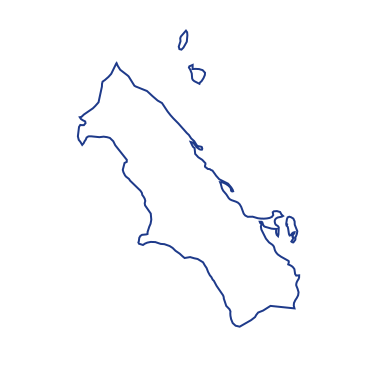 the Governorate of Al Hudaydah, rotated 155°
{"feature_id": "YEM-151", "entity_name": "Al Hudaydah", "entity_type": "Governorate", "adm_level": 1, "iso_a3": "YEM", "parent_name": "Yemen", "parent_adm1": "", "projection": "orthographic", "projection_center": [43.034, 14.789], "detail": "fine", "context": "isolated", "style": "outline", "palette": "blue", "viewbox_px": 384, "rotation_deg": 155, "n_neighbors": 0, "source": "natural_earth", "source_scale": "10m", "svg_char_len": 4251}
<svg xmlns="http://www.w3.org/2000/svg" viewBox="0 0 384 384"><g transform="rotate(155 192 192)"><path d="M205.9,340.7L206.0,337.8L205.4,333.1L201.2,325.0L200.6,323.6L199.3,312.7L198.5,311.5L190.1,302.5L187.2,295.4L184.5,289.4L181.6,285.3L180.1,275.3L179.0,270.6L177.8,266.6L175.4,259.9L171.8,247.7L170.7,245.0L170.1,240.9L168.5,237.1L168.0,232.9L167.7,231.7L167.0,230.9L164.6,229.2L164.1,228.5L164.4,226.9L165.0,226.2L165.9,226.5L167.2,227.6L168.6,230.2L170.1,236.2L172.1,237.9L172.1,234.1L171.9,232.3L171.1,230.7L173.0,225.2L171.6,220.8L169.1,216.8L167.7,212.5L168.0,211.6L169.2,210.2L169.5,209.5L169.3,208.6L169.0,208.3L168.7,208.0L168.1,206.4L167.2,205.8L166.4,205.3L166.0,204.9L165.7,204.2L165.1,203.5L164.4,202.7L163.5,198.1L163.3,196.7L161.9,192.0L155.8,184.3L154.5,179.5L154.2,176.7L154.4,175.3L155.4,175.5L156.0,176.5L155.8,177.4L155.4,178.5L155.4,179.9L156.3,182.4L157.9,185.1L159.9,187.5L162.4,189.0L162.5,187.1L163.3,182.7L163.2,180.0L161.9,175.3L161.3,170.9L160.7,169.3L159.6,167.9L156.3,164.7L154.9,163.0L154.0,160.8L153.7,157.7L154.3,150.5L153.7,148.2L152.0,146.0L147.5,144.0L143.4,140.4L140.8,138.8L138.0,137.4L135.3,136.4L132.5,135.7L130.0,135.7L128.1,136.8L127.4,139.5L126.0,139.9L123.1,138.8L120.6,136.6L120.4,133.7L119.6,131.8L121.0,131.7L125.3,132.7L127.4,132.4L128.8,131.5L129.6,130.1L130.0,128.3L129.9,126.9L128.6,124.9L128.3,123.3L131.6,117.0L132.7,115.6L133.3,117.3L133.0,119.5L132.1,121.5L131.0,122.8L133.4,124.0L135.4,125.2L140.5,129.6L141.2,130.6L141.4,132.3L141.1,134.8L141.5,135.6L143.2,136.4L143.3,135.3L143.1,134.6L142.8,134.1L142.3,133.7L144.2,131.6L145.0,128.7L144.7,118.5L143.5,113.8L141.4,110.1L140.9,108.3L141.0,106.8L141.3,105.4L141.5,103.8L141.4,102.2L141.1,100.7L140.6,99.1L138.7,95.8L133.6,88.7L133.8,87.6L135.4,85.7L134.2,84.4L133.0,82.8L132.2,81.0L131.8,78.8L133.2,74.1L132.9,72.2L130.1,71.2L131.1,69.2L132.3,68.0L133.8,67.1L135.4,65.8L136.5,64.4L137.0,63.3L137.1,61.9L137.2,59.8L137.8,56.1L139.5,53.5L141.8,51.7L144.1,50.3L146.5,48.3L147.8,46.0L148.3,43.2L169.0,55.6L177.6,54.5L183.0,54.8L185.8,53.4L187.7,52.0L192.6,50.9L205.7,49.8L209.0,52.4L210.5,56.0L210.3,60.2L209.5,63.5L208.6,65.8L207.6,67.6L207.6,70.0L209.1,74.3L208.2,82.0L207.7,83.3L207.5,85.1L209.4,96.6L209.7,102.3L210.3,103.8L210.4,106.7L211.0,108.9L211.2,112.7L210.9,117.0L211.4,120.0L211.7,123.6L215.2,128.9L218.0,131.0L221.2,133.8L226.6,135.3L227.7,137.6L229.2,141.3L231.8,145.7L233.2,149.5L235.1,152.5L239.1,156.4L242.3,158.2L246.4,162.1L250.5,164.2L253.9,165.0L256.4,165.1L258.8,164.7L261.9,167.5L261.9,169.0L261.1,169.7L259.1,172.8L257.3,174.0L255.4,174.3L251.4,172.9L250.1,172.7L249.1,174.6L245.4,178.6L243.0,180.7L240.6,184.1L238.5,189.9L240.2,199.7L239.6,201.8L238.1,203.7L237.7,206.0L237.9,208.3L238.3,210.3L237.8,212.5L238.2,215.0L243.3,228.4L243.6,230.5L245.3,233.8L245.7,235.4L245.8,238.8L245.4,241.3L240.9,246.8L238.4,246.9L237.5,248.7L241.8,266.8L241.9,271.3L243.6,275.7L245.8,277.6L248.7,279.5L252.7,280.8L259.9,285.1L262.4,286.2L264.5,285.9L266.1,284.4L268.0,283.3L269.6,282.0L271.6,281.1L272.0,284.8L272.6,287.1L271.9,290.7L266.9,298.7L264.9,300.0L263.7,299.2L261.7,298.3L259.4,299.4L259.0,301.1L260.8,303.4L261.8,305.1L262.1,307.2L260.5,306.8L257.2,307.9L246.5,309.7L243.4,310.8L238.8,312.8L229.1,325.6L227.8,328.1L226.4,329.8L223.6,330.3L219.1,331.6L215.3,333.2L206.3,340.5L205.9,340.7L205.9,340.7ZM138.6,287.8L139.5,286.9L143.1,291.5L143.9,293.3L143.9,294.8L142.1,299.6L141.9,303.8L142.2,306.1L141.3,307.0L137.7,306.9L139.5,303.2L136.8,302.1L133.6,300.4L132.4,299.3L130.9,298.0L130.7,297.4L129.8,294.6L130.9,292.6L133.5,290.3L136.5,288.4L138.6,287.8ZM122.9,105.1L119.7,107.2L119.3,108.1L119.8,108.3L119.9,108.9L119.4,109.8L118.2,110.6L116.4,111.6L116.0,112.2L117.4,112.5L119.0,112.1L120.7,111.1L121.9,111.3L121.9,112.9L120.4,118.0L120.0,119.8L120.3,120.9L120.0,121.9L119.4,122.5L119.5,122.7L120.3,122.5L120.1,123.3L117.5,127.2L116.0,128.6L114.3,128.5L112.9,127.3L111.4,125.1L111.4,122.1L112.7,118.9L113.1,112.0L114.6,109.8L116.3,108.1L117.5,107.1L118.0,105.9L118.6,105.0L121.4,103.5L122.3,104.0L122.9,105.1ZM133.2,330.4L138.7,326.5L141.4,325.5L143.0,326.8L142.6,329.3L138.7,333.5L137.7,336.3L136.4,337.6L129.3,340.8L129.0,339.2L128.9,338.9L129.9,336.1L133.2,330.4Z" fill="none" stroke="#1e3a8a" stroke-width="2"/></g></svg>